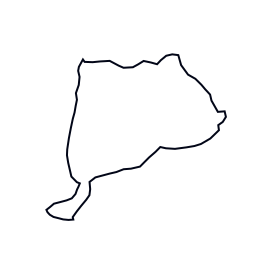 Patriki, Cyprus (orthographic projection), rotated 347°
{"feature_id": "46923920B77958582681624", "entity_name": "Patriki", "entity_type": "district", "adm_level": 2, "iso_a3": "CYP", "parent_name": "Cyprus", "parent_adm1": "", "projection": "orthographic", "projection_center": [33.984, 35.358], "detail": "fine", "context": "isolated", "style": "outline", "palette": "ink", "viewbox_px": 256, "rotation_deg": 347, "n_neighbors": 0, "source": "geoboundaries", "source_scale": "gbopen_adm2", "svg_char_len": 1127}
<svg xmlns="http://www.w3.org/2000/svg" viewBox="0 0 256 256"><g transform="rotate(347 128 128)"><path d="M99.5,51.1L93.9,57.4L92.3,61.1L92.3,67.3L89.7,75.0L85.1,82.3L84.6,89.0L82.0,94.7L79.4,100.9L76.3,106.6L72.2,115.4L68.1,124.7L64.0,135.1L62.4,140.8L61.9,148.6L61.9,153.7L61.9,162.6L66.0,169.3L68.6,171.1L66.5,174.1L64.6,176.4L62.0,180.5L57.4,183.9L51.9,184.7L46.0,184.9L38.8,185.1L34.2,187.5L30.1,189.4L30.6,191.9L32.3,194.9L35.4,197.9L40.7,200.6L44.3,202.5L49.4,204.2L54.1,204.9L54.1,202.4L59.3,197.8L64.5,193.6L71.2,188.5L75.3,184.8L77.4,179.1L78.4,171.9L85.1,168.8L100.0,168.3L106.8,168.3L114.5,167.2L121.7,168.3L131.0,168.3L141.8,161.5L149.5,157.4L155.2,153.8L160.4,156.3L169.1,158.9L180.5,160.0L188.7,160.5L195.4,160.0L205.8,156.8L216.1,150.6L216.6,145.5L221.7,143.4L225.9,139.2L225.9,133.5L219.2,132.5L215.5,120.1L215.5,113.9L211.9,107.6L209.3,102.5L204.7,95.2L198.5,89.5L193.9,78.7L193.4,68.3L187.7,66.2L181.5,66.2L175.3,69.3L170.7,72.4L165.0,69.3L158.3,66.2L152.1,68.3L146.4,69.9L137.2,68.3L133.0,65.2L125.3,58.5L116.0,56.9L108.3,55.9L100.6,53.8L99.5,51.1Z" fill="none" stroke="#020617" stroke-width="2"/></g></svg>